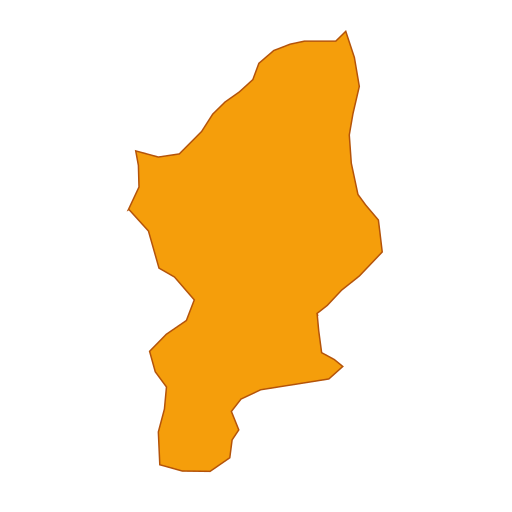 the district of Köping, Västmanland, Sweden, rotated 258°
{"feature_id": "70781695B79048986379567", "entity_name": "Köping", "entity_type": "district", "adm_level": 2, "iso_a3": "SWE", "parent_name": "Sweden", "parent_adm1": "Västmanland", "projection": "orthographic", "projection_center": [15.893, 59.597], "detail": "fine", "context": "isolated", "style": "filled", "palette": "amber", "viewbox_px": 512, "rotation_deg": 258, "n_neighbors": 0, "source": "geoboundaries", "source_scale": "gbopen_adm2", "svg_char_len": 885}
<svg xmlns="http://www.w3.org/2000/svg" viewBox="0 0 512 512"><g transform="rotate(258 256 256)"><path d="M184.6,304.1L187.1,303.7L192.9,315.5L204.8,332.6L215.0,353.0L233.7,380.3L252.2,382.0L265.7,383.2L283.0,373.9L295.0,368.5L327.0,368.5L355.0,372.4L375.0,380.4L400.4,392.3L429.7,393.5L457.1,390.5L449.6,378.7L456.1,348.1L456.1,333.4L453.3,316.1L443.9,298.9L429.2,289.6L419.9,273.7L413.1,257.8L403.8,243.2L389.1,228.7L371.8,202.2L373.1,181.0L383.8,160.2L369.0,159.8L347.8,155.9L327.7,140.7L327.9,141.4L302.8,156.0L264.3,158.6L252.4,171.9L225.9,186.5L207.4,174.5L198.1,152.0L184.9,132.1L163.7,133.4L146.5,141.2L125.3,134.6L104.2,123.9L71.8,118.5L61.0,139.2L54.9,166.3L64.1,188.4L81.1,194.4L89.5,203.0L109.1,199.6L119.2,211.6L124.2,232.8L120.6,301.7L129.9,317.9L138.4,311.1L147.8,300.1L169.9,301.8L185.3,303.6L184.6,304.1Z" fill="#f59e0b" stroke="#b45309" stroke-width="1.5"/></g></svg>